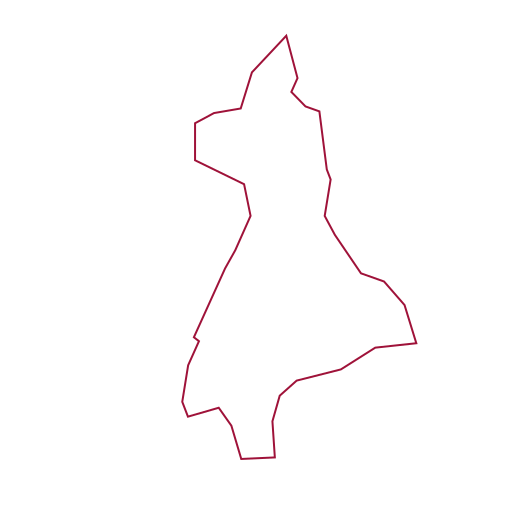 Daedeok-gu, Daejeon, South Korea (Mercator projection), rotated 159°
{"feature_id": "91817680B29564477042831", "entity_name": "Daedeok-gu", "entity_type": "district", "adm_level": 2, "iso_a3": "KOR", "parent_name": "South Korea", "parent_adm1": "Daejeon", "projection": "mercator", "projection_center": [127.445, 36.4], "detail": "fine", "context": "isolated", "style": "outline", "palette": "rose", "viewbox_px": 512, "rotation_deg": 159, "n_neighbors": 0, "source": "geoboundaries", "source_scale": "gbopen_adm2", "svg_char_len": 607}
<svg xmlns="http://www.w3.org/2000/svg" viewBox="0 0 512 512"><g transform="rotate(159 256 256)"><path d="M137.6,117.1L134.9,157.0L145.6,186.3L164.2,202.2L174.8,247.5L177.5,268.8L158.9,300.7L158.9,311.4L145.0,368.3L156.2,377.9L164.2,396.5L153.5,407.2L148.8,450.8L194.0,428.9L217.4,399.2L244.0,404.5L265.3,401.8L278.6,367.2L241.4,327.3L246.7,295.4L273.3,268.8L289.3,255.5L343.1,202.4L339.8,196.9L358.5,178.3L377.1,146.3L377.1,130.4L345.2,127.7L339.8,106.4L342.5,71.8L310.6,61.2L299.9,95.8L283.9,117.1L262.7,125.1L217.4,119.7L177.5,127.7L137.6,117.1Z" fill="none" stroke="#9f1239" stroke-width="2"/></g></svg>